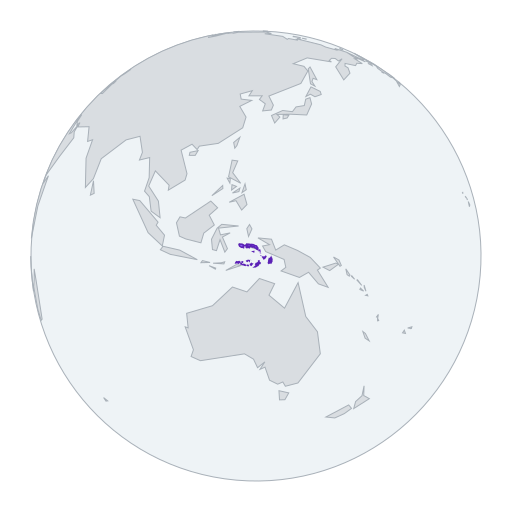 the Earth from above Maluku, rotated 8°
{"feature_id": "IDN-554", "entity_name": "Maluku", "entity_type": "Province", "adm_level": 1, "iso_a3": "IDN", "parent_name": "Indonesia", "parent_adm1": "", "projection": "orthographic", "projection_center": [130.68, -5.566], "detail": "fine", "context": "on_globe", "style": "filled", "palette": "violet", "viewbox_px": 512, "rotation_deg": 8, "n_neighbors": 0, "source": "natural_earth", "source_scale": "10m", "svg_char_len": 12330}
<svg xmlns="http://www.w3.org/2000/svg" viewBox="0 0 512 512"><g transform="rotate(8 256 256)"><circle cx="256" cy="256" r="225" fill="#eef3f6" stroke="#a8b0b8"/><path d="M420.2,304.4L420.0,306.1L419.8,306.2L420.2,304.4ZM366.4,59.6L368.8,61.1L362.1,57.3L375.0,66.1L374.4,68.2L370.6,63.1L366.8,60.5L364.1,60.1L359.6,57.5L355.7,56.1L350.5,53.3L348.7,51.3L345.3,49.7L343.6,49.6L337.3,47.4L340.4,47.6L329.7,43.9L324.8,41.5L325.1,41.6L346.2,49.6L366.4,59.6ZM460.5,177.5L458.6,172.5L460.6,175.6L460.5,177.5ZM456.8,169.5L457.6,171.2L456.8,169.8L456.8,169.5ZM455.8,168.6L456.5,169.3L455.9,169.0L455.8,168.6ZM454.7,167.9L455.2,168.1L455.2,168.3L454.7,167.9ZM452.3,165.4L451.6,164.7L451.9,164.3L452.3,165.4ZM372.8,63.9L373.7,64.1L374.4,64.9L372.8,63.9ZM356.0,56.4L357.2,57.3L354.7,56.3L356.0,56.4ZM344.5,51.3L340.0,49.7L344.2,50.9L344.5,51.3ZM337.2,48.5L326.5,45.4L328.3,46.8L317.3,41.6L330.1,45.6L335.0,46.7L334.3,47.1L337.2,48.5ZM313.0,39.6L310.1,38.8L312.8,39.3L313.0,39.6ZM176.9,45.1L177.3,45.0L180.1,44.0L183.0,42.9L181.7,44.2L183.8,43.4L185.1,42.7L190.2,40.8L198.7,38.4L197.7,38.9L194.5,39.9L186.5,43.1L178.1,46.2L178.6,46.2L185.6,43.8L195.5,39.7L200.9,38.2L196.9,39.7L198.7,39.0L201.1,38.4L202.6,38.6L207.3,36.9L234.7,32.8L240.3,33.5L233.7,34.7L251.9,34.8L256.8,37.1L257.9,36.1L267.4,36.5L266.0,35.7L267.3,35.4L291.0,37.9L295.9,39.4L307.4,40.9L308.0,40.7L305.1,39.5L317.3,41.6L328.3,46.8L326.3,47.0L334.5,50.7L329.0,51.1L328.1,53.6L317.4,52.9L317.7,55.5L320.9,56.8L323.6,61.9L318.4,69.4L308.6,57.6L313.8,48.7L310.5,51.4L307.0,49.4L303.3,49.7L301.3,52.2L303.7,53.3L279.1,52.7L266.1,60.4L277.1,61.5L281.6,65.6L276.4,78.9L246.5,95.8L252.2,104.2L250.9,109.3L242.4,111.4L244.0,104.0L237.6,100.5L239.8,96.5L226.7,98.4L229.3,92.8L217.8,97.8L219.5,102.7L230.1,102.5L219.1,110.1L226.8,119.8L225.0,130.9L203.0,149.7L184.6,155.1L182.9,158.8L177.1,154.2L167.1,161.6L176.2,184.1L175.2,190.7L160.0,203.0L160.1,198.0L144.5,185.7L140.0,201.6L151.7,215.2L155.7,231.4L145.9,226.2L142.1,212.1L136.6,207.3L139.3,193.3L137.0,173.3L127.2,177.2L129.1,169.2L124.5,153.6L111.2,159.1L89.2,181.2L84.2,202.1L77.5,211.9L74.1,182.8L78.0,163.6L73.3,166.0L72.7,151.2L61.6,153.0L63.1,148.4L60.4,151.3L60.4,147.6L63.8,140.3L62.4,141.6L54.1,160.9L55.9,159.8L61.7,151.0L58.7,158.4L59.1,164.3L47.8,184.3L36.4,205.9L40.4,190.6L40.8,189.2L46.0,174.3L52.3,159.8L59.5,145.8L67.7,132.3L76.8,119.4L86.8,107.2L97.7,95.7L109.3,85.0L121.6,75.2L134.6,66.2L148.2,58.2L162.3,51.1L176.9,45.1ZM37.3,202.1L36.2,206.9L35.6,209.6L35.0,213.9L39.3,205.4L38.2,210.7L33.0,236.8L31.1,269.8L30.7,252.7L31.6,235.7L33.8,218.8L37.3,202.1ZM32.9,287.5L34.7,298.0L39.6,318.4L40.5,321.8L36.1,304.8L32.9,287.5ZM79.4,116.7L81.3,116.5L89.5,105.8L90.9,105.0L93.2,102.0L90.1,105.0L97.0,96.8L101.1,93.4L105.5,89.2L105.1,89.2L96.5,96.9L86.5,108.3L82.3,113.0L79.4,116.7ZM124.8,417.4L129.3,420.1L127.6,420.6L124.8,417.4ZM41.8,311.3L53.0,348.3L52.2,349.6L47.4,339.3L40.1,317.2L39.6,309.9L38.1,299.6L41.8,311.3ZM210.9,272.1L217.8,273.6L217.6,274.7L210.9,272.1ZM203.6,268.0L211.4,268.8L202.4,270.3L203.6,268.0ZM214.5,269.1L222.4,267.6L225.8,266.1L225.3,268.3L214.5,269.1ZM198.4,267.8L170.9,266.3L160.4,263.1L162.6,259.3L179.7,260.8L198.4,267.8ZM161.8,259.1L145.9,247.9L126.1,216.9L133.2,217.3L154.3,236.1L152.9,239.4L162.5,248.1L161.8,259.1ZM201.1,240.6L199.6,250.6L184.2,248.9L177.4,247.0L172.6,234.1L175.3,227.8L180.8,228.2L203.6,207.9L211.3,213.6L204.0,222.1L210.4,231.1L201.1,240.6ZM84.6,204.1L87.0,216.5L83.5,218.8L84.6,204.1ZM213.8,193.8L203.9,202.4L213.2,190.8L213.8,193.8ZM219.8,183.0L220.0,187.5L216.6,182.9L219.8,183.0ZM181.8,164.8L175.9,165.6L176.2,162.5L184.0,159.7L181.8,164.8ZM223.5,140.7L221.7,149.3L220.0,152.2L218.1,146.7L223.5,140.7ZM185.8,41.9L184.8,42.3L185.1,42.2L185.8,41.9ZM205.4,36.5L208.4,35.8L202.4,37.2L205.4,36.5ZM231.5,32.8L236.1,32.1L237.2,32.3L236.3,32.4L231.5,32.8ZM232.1,32.5L232.0,32.1L236.5,31.7L235.7,32.0L232.1,32.5ZM368.5,390.6L371.8,393.6L365.5,399.7L356.6,405.4L347.6,405.7L368.5,390.6ZM299.3,395.2L297.5,386.2L307.5,387.0L304.6,394.3L299.3,395.2ZM374.9,386.3L380.4,379.6L381.1,369.5L382.1,379.2L388.1,381.5L374.0,393.5L374.9,386.3ZM258.2,354.5L215.6,367.4L205.7,364.6L207.1,357.6L195.7,336.0L198.8,336.6L195.3,322.4L219.8,311.3L237.0,290.0L252.0,292.8L262.5,277.8L278.3,280.8L274.3,293.0L291.5,303.7L301.4,276.5L313.7,309.0L327.4,322.5L333.3,343.9L315.2,375.9L303.2,380.9L300.1,377.0L295.3,379.9L286.7,377.1L280.4,364.8L275.7,367.7L279.5,359.6L273.1,366.4L267.9,358.5L258.2,354.5ZM372.3,315.9L375.1,317.5L379.9,324.3L375.5,322.2L372.3,315.9ZM413.2,308.8L414.8,311.9L411.8,311.7L413.2,308.8ZM419.8,306.2L416.2,306.2L420.2,304.4L419.8,306.2ZM385.0,300.5L386.5,302.9L385.4,303.3L385.0,300.5ZM383.8,299.6L385.3,296.8L385.2,299.9L383.8,299.6ZM370.0,279.7L371.5,278.5L372.3,279.9L370.0,279.7ZM228.1,274.5L237.6,267.3L243.0,267.2L228.1,274.5ZM367.5,275.8L363.5,274.7L363.9,273.2L367.5,275.8ZM367.6,272.1L367.1,269.7L369.8,275.6L367.6,272.1ZM359.8,265.4L364.8,270.4L359.3,265.8L359.8,265.4ZM356.9,265.3L353.4,262.9L353.6,262.2L356.9,265.3ZM318.8,261.4L331.8,277.0L321.7,274.9L310.3,264.8L302.0,271.2L282.9,267.3L287.1,263.1L284.3,255.5L265.0,250.3L261.1,245.2L267.8,242.9L255.4,237.8L269.0,237.2L274.7,247.4L282.5,241.0L296.3,244.7L310.0,249.9L321.4,259.0L318.8,261.4ZM269.4,258.3L271.8,258.6L269.8,261.3L269.4,258.3ZM346.7,256.2L351.8,261.9L351.2,263.0L348.8,261.8L346.7,256.2ZM323.9,257.7L336.0,251.9L338.9,252.6L331.0,260.2L323.9,257.7ZM332.9,246.2L338.7,248.4L341.8,253.5L340.6,254.5L332.9,246.2ZM241.6,246.5L241.1,249.1L237.6,246.7L241.6,246.5ZM246.0,245.3L256.6,249.3L245.1,247.5L246.0,245.3ZM215.0,233.6L217.9,240.0L227.2,236.7L220.1,241.9L226.7,252.7L224.6,256.5L218.1,244.8L216.1,256.2L212.0,255.7L209.6,245.6L213.6,233.9L217.7,229.4L234.6,228.7L215.0,233.6ZM245.9,237.7L243.1,230.2L245.2,225.7L248.2,229.7L245.9,237.7ZM235.4,212.5L228.5,204.0L222.0,206.5L235.6,196.5L239.9,206.3L235.4,212.5ZM230.1,194.6L223.9,196.9L230.6,191.0L230.1,194.6ZM222.6,194.1L222.3,188.7L227.0,189.8L222.6,194.1ZM233.3,195.2L235.1,186.1L237.1,191.7L233.3,195.2ZM221.3,176.7L230.7,186.1L217.8,181.4L219.0,164.4L224.7,164.4L221.3,176.7ZM263.7,116.5L263.3,112.3L268.9,112.1L267.6,115.0L263.7,116.5ZM286.6,109.3L270.2,110.8L257.0,112.9L260.3,115.1L256.0,121.7L251.8,114.7L262.2,108.2L272.0,108.0L274.9,102.8L282.9,100.3L283.4,93.8L287.4,91.7L289.9,97.7L286.6,109.3ZM283.2,91.1L286.9,80.9L296.7,84.1L298.1,87.0L292.2,90.1L287.4,88.2L283.2,91.1ZM290.7,79.6L286.0,77.9L281.7,63.4L283.2,61.3L291.7,72.9L287.8,72.1L287.1,75.4L290.7,79.6ZM310.3,39.1L310.2,38.8L312.1,39.5L310.3,39.1ZM266.3,35.0L268.4,34.7L270.6,35.2L266.3,35.0ZM275.3,34.3L271.3,33.9L275.9,34.1L275.3,34.3ZM262.5,33.2L270.0,33.6L262.3,33.6L262.5,33.2Z" fill="#d9dde1" stroke="#a8b0b8" stroke-width="1"/><path d="M256.8,248.2L256.6,248.6L256.6,249.3L255.7,249.0L255.0,248.4L253.3,247.8L253.2,247.4L252.9,247.2L251.4,247.1L251.6,247.6L251.3,247.7L249.7,247.3L249.3,247.3L249.2,247.2L249.3,246.9L248.9,246.7L248.2,247.3L248.1,247.6L247.4,247.7L247.0,247.5L246.5,246.8L246.2,246.7L246.3,246.4L246.1,246.2L245.8,246.5L245.7,247.2L245.4,247.5L245.2,248.1L245.2,247.2L244.9,246.6L245.5,246.2L245.9,246.2L245.9,245.9L246.0,245.7L246.2,245.4L247.5,245.3L248.9,245.4L249.6,245.2L249.7,245.5L249.8,245.7L250.1,245.8L250.1,245.6L250.3,245.7L250.8,245.4L251.0,245.1L251.5,245.1L252.4,245.4L252.6,245.6L252.8,245.5L253.2,245.8L254.9,245.9L255.2,246.3L255.6,246.4L255.9,247.5L256.5,247.6L256.5,247.8L256.8,248.2ZM242.6,247.4L242.5,248.3L242.4,248.5L242.0,248.5L241.2,249.1L240.4,249.4L238.4,248.5L238.2,248.0L237.9,247.7L237.7,247.4L237.6,247.0L237.7,246.7L238.0,246.4L238.4,246.7L238.7,246.5L239.3,246.3L240.9,246.3L241.1,246.5L241.2,246.4L241.9,246.7L242.0,247.0L241.8,247.0L242.0,247.4L242.6,247.4ZM271.9,258.4L271.7,259.0L271.3,259.2L270.3,258.6L270.0,258.2L270.4,257.9L270.2,257.8L270.2,257.6L270.5,256.9L270.3,257.0L270.2,256.9L269.9,256.8L269.8,256.6L270.0,256.5L270.4,256.6L270.8,255.9L270.8,256.0L271.0,256.0L271.0,255.5L271.4,255.6L271.7,255.9L271.6,256.0L271.8,256.2L271.9,256.5L271.7,257.1L271.9,257.2L272.0,257.3L271.7,257.4L271.8,257.6L271.5,257.5L271.3,257.6L271.5,257.6L272.0,258.1L271.7,258.5L271.9,258.4ZM260.1,262.4L259.8,262.6L259.8,263.2L260.0,263.3L259.8,263.6L259.7,264.1L258.8,265.0L258.5,265.6L258.4,265.6L258.5,265.4L258.3,265.3L258.1,265.6L257.7,265.6L257.7,265.3L257.6,265.0L257.9,264.8L257.8,264.7L257.7,264.4L257.8,264.3L258.2,264.4L258.0,264.2L258.2,263.6L258.5,263.3L258.8,263.0L259.0,263.0L259.2,262.5L259.4,262.5L259.3,262.3L259.5,262.2L259.8,262.1L259.8,262.3L260.0,262.2L260.1,262.4ZM240.9,264.3L241.0,264.7L240.6,264.6L240.0,264.9L239.6,265.5L239.4,265.4L238.5,265.3L238.3,265.2L238.0,265.2L237.5,265.3L237.1,265.7L236.9,265.7L237.1,265.1L237.3,264.9L237.3,264.7L237.7,264.3L238.6,264.5L238.8,264.4L239.1,264.4L239.7,264.0L240.2,263.9L240.3,264.1L240.6,264.3L240.9,264.3ZM270.8,260.0L271.0,260.1L270.9,260.3L270.5,260.3L270.2,261.1L269.7,261.4L269.5,261.1L269.2,261.0L269.2,260.8L269.4,259.6L269.8,259.7L269.7,259.5L269.4,259.4L269.4,258.5L269.5,258.4L270.1,258.9L270.1,259.1L270.2,259.3L270.7,259.5L270.9,259.8L270.8,260.0ZM246.8,247.9L246.8,248.4L246.5,248.4L246.6,248.6L246.4,248.8L245.9,249.0L246.4,248.5L246.3,248.4L245.4,249.0L245.2,248.9L245.1,248.7L245.4,248.4L245.7,248.2L246.1,248.2L246.6,247.9L246.8,247.9ZM252.6,264.9L252.8,265.3L252.5,265.8L252.2,265.7L251.7,265.2L251.7,264.9L251.9,264.8L252.6,264.9ZM265.8,255.0L265.5,256.1L265.0,256.7L264.9,257.2L264.5,257.7L264.8,256.8L264.8,256.5L264.9,256.3L265.1,256.3L265.5,255.0L265.6,254.9L265.8,255.0ZM264.3,256.9L264.2,257.4L264.1,257.5L264.0,257.3L263.9,257.4L263.7,257.1L263.9,256.8L263.6,256.2L263.9,256.1L263.9,256.3L264.1,256.4L264.3,256.9ZM270.4,258.8L270.6,258.9L270.3,259.1L269.8,258.5L269.6,258.5L269.7,258.3L269.5,257.9L269.8,257.8L269.9,258.0L270.0,258.0L269.9,258.3L270.4,258.8ZM245.9,266.1L246.1,266.2L245.7,266.6L245.0,266.4L244.6,266.1L244.9,266.0L245.6,266.2L245.9,266.1ZM271.3,259.4L271.1,259.6L271.1,259.8L270.8,259.4L270.6,259.4L270.3,259.2L270.7,258.9L271.3,259.4ZM257.6,266.2L258.0,266.1L257.5,266.4L256.8,266.6L256.8,266.8L256.3,266.9L256.7,266.5L256.9,266.4L257.0,266.1L257.4,265.9L257.6,266.2ZM261.1,262.4L261.0,262.6L260.7,262.3L260.1,262.2L260.8,262.1L261.1,262.4ZM248.2,262.2L248.2,262.3L248.0,262.5L247.6,262.2L248.0,261.9L248.3,262.1L248.2,262.2ZM247.6,248.0L247.7,248.3L247.0,248.5L247.2,248.0L247.6,248.0ZM243.5,263.7L243.5,264.0L243.1,264.3L243.1,263.7L243.5,263.7ZM248.3,248.0L248.3,248.3L248.1,248.2L248.0,248.4L247.7,247.9L248.1,248.0L248.2,247.9L248.3,248.0ZM249.6,266.4L249.5,266.6L249.3,266.5L249.0,266.5L248.8,266.4L249.0,266.3L249.6,266.4ZM257.9,263.2L257.6,263.6L257.2,263.5L257.3,263.3L257.9,263.2ZM271.7,260.1L271.8,260.2L271.6,260.8L271.4,260.7L271.7,260.1ZM244.6,246.6L244.7,246.8L244.2,246.9L244.3,246.6L244.6,246.6ZM246.4,266.4L246.5,266.7L246.3,266.7L245.9,266.6L246.0,266.4L246.4,266.4ZM242.5,249.2L242.5,249.5L242.1,249.4L242.2,249.2L242.5,249.2ZM272.2,258.9L272.4,259.0L272.2,259.6L272.1,259.3L272.2,258.9ZM245.2,245.6L245.5,245.7L245.3,246.0L244.8,246.1L245.2,245.8L245.2,245.6ZM243.8,247.0L244.1,247.3L243.6,247.2L243.4,247.1L243.8,247.0ZM244.6,266.2L244.7,266.4L244.3,266.5L244.0,266.4L244.3,266.2L244.6,266.2ZM271.6,259.6L271.8,259.9L271.6,260.0L271.4,259.7L271.6,259.6ZM257.2,264.2L257.8,264.1L257.6,264.4L257.1,264.4L257.2,264.2ZM264.3,256.0L264.3,256.4L264.1,256.5L264.1,256.2L264.2,255.9L264.2,256.0L264.3,256.0ZM242.5,265.7L242.6,266.0L242.3,266.0L242.3,265.7L242.5,265.7ZM257.2,263.7L257.2,263.8L256.6,263.7L257.2,263.7ZM258.9,249.7L259.0,250.1L258.8,250.0L258.7,249.7L258.9,249.7ZM259.6,260.4L259.7,260.5L259.4,260.9L259.3,260.6L259.6,260.4ZM269.8,256.8L269.8,257.0L269.7,257.1L269.6,256.8L269.8,256.8ZM248.6,248.5L248.4,248.5L248.6,248.5ZM258.4,250.1L258.8,250.4L258.4,250.3L258.4,250.1ZM259.6,251.5L259.9,251.9L259.6,251.5ZM258.3,262.8L258.3,263.1L258.1,263.0L258.3,262.8ZM261.1,255.0L261.0,255.3L261.0,255.1L261.1,255.0ZM262.4,255.8L262.7,255.9L262.6,256.0L262.4,255.8ZM252.8,252.0L253.1,251.9L253.1,252.1L252.8,252.0ZM251.4,260.7L251.5,260.6L251.4,260.7ZM258.1,249.8L258.2,250.0L258.1,249.8ZM260.1,252.6L260.1,252.9L260.1,252.7L260.1,252.6ZM252.2,263.9L252.0,263.7L252.2,263.8L252.2,263.9ZM253.4,264.4L253.3,264.6L253.3,264.4L253.4,264.4ZM250.0,261.6L249.9,261.5L250.0,261.5L250.0,261.6ZM253.5,264.6L253.4,264.7L253.5,264.6Z" fill="#8b5cf6" stroke="#5b21b6" stroke-width="1.5"/></g></svg>